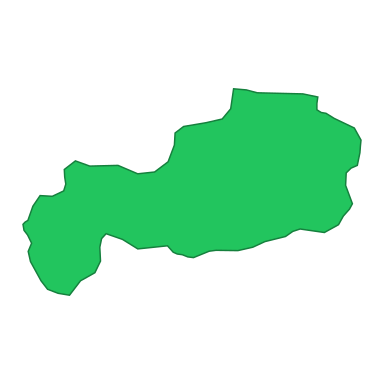 outline of Bolu
{"feature_id": "TUR-2268", "entity_name": "Bolu", "entity_type": "Province", "adm_level": 1, "iso_a3": "TUR", "parent_name": "Turkey", "parent_adm1": "", "projection": "albers", "projection_center": [31.568, 40.592], "detail": "fine", "context": "isolated", "style": "filled", "palette": "green", "viewbox_px": 384, "rotation_deg": 0, "n_neighbors": 0, "source": "natural_earth", "source_scale": "10m", "svg_char_len": 1050}
<svg xmlns="http://www.w3.org/2000/svg" viewBox="0 0 384 384"><path d="M357.3,165.4L351.1,168.1L346.2,172.9L345.6,185.4L352.4,203.7L349.5,209.1L343.3,216.1L338.5,224.7L324.4,232.5L300.1,229.0L292.8,231.4L285.5,236.5L264.9,241.6L252.8,247.2L237.9,250.6L216.0,250.3L209.2,251.2L193.5,257.6L187.8,256.9L182.3,254.7L177.2,254.0L173.2,252.2L167.5,245.8L137.8,248.9L122.5,239.4L106.1,233.7L101.6,238.6L99.8,247.2L100.5,261.1L94.9,272.7L80.5,280.8L69.5,295.2L58.1,293.3L47.6,289.3L41.1,280.9L30.5,261.6L28.2,251.4L31.6,243.2L27.6,235.0L24.0,230.3L23.0,224.3L25.1,222.1L27.9,220.4L32.9,206.2L40.1,195.6L52.3,196.3L63.7,190.9L65.8,184.1L64.7,176.9L64.3,169.5L75.4,160.9L89.8,166.1L118.0,165.4L137.7,173.8L154.6,172.0L168.1,161.8L174.4,145.1L175.1,133.0L183.6,126.5L206.1,122.7L222.2,119.0L230.7,108.8L233.6,88.8L246.3,89.9L257.2,92.8L294.4,93.7L302.9,93.9L317.8,97.0L316.9,103.4L316.9,109.8L321.2,112.5L326.0,113.3L334.2,118.4L354.3,128.0L361.0,140.1L360.4,146.1L360.2,149.0L359.9,152.8L357.3,165.4Z" fill="#22c55e" stroke="#15803d" stroke-width="1.5"/></svg>